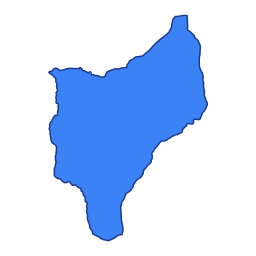 Yacuanquer, Nariño, Colombia
{"feature_id": "7082276B68439482186320", "entity_name": "Yacuanquer", "entity_type": "district", "adm_level": 2, "iso_a3": "COL", "parent_name": "Colombia", "parent_adm1": "Nariño", "projection": "natural_earth1", "projection_center": [-77.429, 1.122], "detail": "fine", "context": "isolated", "style": "filled", "palette": "blue", "viewbox_px": 256, "rotation_deg": 0, "n_neighbors": 0, "source": "geoboundaries", "source_scale": "gbopen_adm2", "svg_char_len": 5627}
<svg xmlns="http://www.w3.org/2000/svg" viewBox="0 0 256 256"><path d="M48.8,72.3L49.7,73.1L49.9,73.5L50.5,73.9L52.8,75.2L53.4,76.4L54.9,77.6L55.3,78.1L55.8,79.0L55.9,81.5L56.1,82.1L56.7,83.7L57.0,84.8L57.0,85.2L56.6,85.7L56.5,86.1L56.9,88.2L57.4,89.5L57.4,89.9L57.4,90.4L57.3,91.0L57.0,91.4L56.2,92.4L56.1,92.9L56.6,95.3L56.1,95.8L56.1,96.7L55.9,97.6L55.9,98.0L56.4,99.5L56.3,100.2L56.1,101.2L56.1,102.2L56.2,102.8L56.6,103.4L57.5,103.4L58.0,103.7L58.2,103.9L58.3,104.8L58.0,106.2L58.3,107.3L58.3,109.1L58.2,109.8L57.7,111.2L57.6,112.5L57.6,113.7L57.4,114.9L57.2,115.3L56.8,115.5L56.1,115.3L55.6,115.2L54.8,115.9L54.4,116.1L53.4,117.6L52.9,118.8L52.4,119.4L51.6,121.2L50.4,122.6L50.2,123.7L49.7,124.4L49.6,127.4L49.6,127.7L49.2,128.3L49.2,128.6L49.4,129.8L50.3,131.2L50.4,131.5L50.1,132.8L50.1,134.1L50.7,137.6L50.9,139.0L50.9,139.7L51.2,140.7L51.7,141.5L51.8,142.2L52.0,142.6L53.5,143.8L55.0,144.6L55.9,145.5L56.2,146.2L56.4,147.0L56.4,149.8L56.1,152.5L56.1,154.5L55.5,155.5L55.4,156.9L55.5,159.5L55.9,160.9L56.0,163.0L55.9,163.3L55.3,165.1L55.1,167.0L54.5,168.1L54.4,168.4L54.3,169.1L54.4,172.4L54.4,173.9L54.2,174.8L54.3,175.4L54.6,176.0L55.5,177.0L56.7,177.8L57.6,178.5L57.9,178.6L58.7,178.7L59.9,178.6L60.4,178.8L61.4,180.4L64.0,182.4L64.4,182.6L65.9,182.7L66.3,182.6L67.8,181.7L68.4,181.5L68.7,181.5L69.5,181.9L70.0,182.3L71.2,184.0L72.0,185.0L72.5,185.2L73.3,185.3L74.0,185.0L75.1,185.0L75.8,185.3L76.6,185.9L77.6,186.9L78.9,187.8L79.8,188.2L80.9,188.4L81.0,188.7L80.9,189.8L81.3,191.1L81.5,191.4L82.5,191.5L82.9,192.4L83.0,194.0L83.3,194.7L84.0,195.9L85.0,196.8L85.3,199.5L85.3,201.0L85.4,201.6L85.7,202.0L87.1,202.7L87.5,203.0L86.7,205.7L86.6,206.3L86.7,207.2L87.2,208.3L87.2,208.7L86.6,210.6L86.5,211.6L86.7,212.5L87.6,215.3L87.6,216.0L87.4,216.4L87.4,216.8L87.6,219.7L87.8,220.6L88.5,221.9L89.4,224.5L89.8,227.3L89.9,227.7L90.4,228.7L91.9,230.5L92.5,232.4L92.6,233.4L92.7,233.7L93.1,234.1L94.9,234.9L96.8,235.9L97.4,236.1L98.1,236.6L99.2,237.1L100.0,237.7L100.7,238.7L101.9,238.7L102.7,239.4L103.2,239.6L104.3,239.7L107.7,240.5L108.7,240.6L113.4,238.6L114.9,237.7L117.1,236.0L118.7,235.1L120.2,234.7L122.1,234.6L122.0,233.7L122.5,232.7L122.9,231.0L122.9,230.2L122.8,227.1L122.5,225.3L121.4,219.8L121.2,217.7L121.3,215.9L121.1,214.4L121.1,212.9L120.7,210.3L120.9,209.3L120.8,208.1L120.6,207.1L120.7,206.4L121.4,205.1L121.5,204.1L121.5,203.1L121.7,202.4L122.9,200.7L123.6,199.3L124.2,198.6L124.5,197.6L124.7,196.8L125.1,195.6L126.1,193.7L127.1,193.0L127.5,192.5L128.9,191.9L129.4,191.3L130.2,190.9L130.8,190.4L131.1,189.5L132.9,187.1L133.3,185.4L133.5,184.8L134.6,183.2L135.4,181.7L136.7,180.2L138.2,178.9L138.9,178.4L140.5,177.5L141.3,176.7L142.6,174.7L143.3,173.1L143.4,171.3L143.6,170.6L144.1,169.7L145.1,168.8L147.0,166.3L147.6,165.3L149.8,163.6L150.4,163.1L150.9,162.4L151.2,161.5L151.2,160.4L151.4,159.8L151.9,159.2L152.1,158.8L152.2,158.1L152.1,156.9L152.3,155.9L151.9,154.4L151.8,153.8L151.9,153.5L152.3,152.4L153.5,151.1L153.8,150.7L154.0,149.8L154.4,149.1L155.4,148.1L157.6,145.6L159.6,142.8L161.0,141.3L161.9,141.0L165.3,140.8L167.0,139.9L168.3,138.7L170.5,137.7L171.2,136.9L172.1,136.3L172.9,136.1L173.6,135.8L174.4,135.3L176.1,134.6L177.2,134.7L177.7,134.5L180.1,133.1L180.4,133.0L181.9,132.4L182.1,131.8L182.5,130.1L182.8,129.4L183.8,128.3L184.3,127.5L186.3,126.0L186.6,125.2L186.6,124.4L186.8,124.0L187.2,123.7L187.6,123.5L187.9,123.5L189.0,123.7L190.7,123.7L191.5,124.0L191.8,124.1L192.2,124.0L193.3,123.4L193.5,123.2L193.6,122.5L193.4,120.4L193.6,119.9L193.8,119.6L194.4,119.4L196.4,119.3L197.6,119.4L198.3,119.6L198.9,119.6L199.3,119.5L199.9,119.2L200.3,118.4L200.8,117.2L202.4,113.1L203.0,112.3L204.3,110.9L205.4,109.1L205.9,108.6L205.8,108.1L206.0,107.5L207.2,105.2L207.2,103.8L207.0,102.2L206.4,101.3L205.9,100.4L205.7,99.8L205.5,98.4L204.6,96.2L204.4,95.4L204.4,93.4L204.5,91.4L203.9,88.1L203.5,86.9L203.6,86.2L203.5,83.7L203.6,82.2L203.1,81.3L202.9,80.7L203.0,77.6L203.3,76.8L203.1,76.2L202.9,75.1L202.6,74.2L202.5,73.6L202.3,72.9L201.8,71.9L201.1,71.1L200.0,68.5L199.7,67.2L199.2,64.9L199.3,61.2L199.2,60.5L199.4,57.6L199.5,56.3L199.9,55.1L200.0,53.5L200.0,51.6L200.4,47.1L200.4,46.6L199.7,44.3L199.5,43.5L199.0,42.8L198.3,41.1L197.3,39.8L195.8,38.6L194.7,37.3L194.3,36.6L194.2,35.7L192.9,34.3L190.7,32.1L190.1,31.7L188.8,30.7L188.1,30.5L187.3,29.9L187.6,27.2L187.6,25.6L187.5,22.8L187.4,21.6L187.3,18.2L187.0,15.6L186.3,15.6L185.0,15.4L184.1,15.4L179.5,16.1L176.5,16.5L175.6,16.5L175.0,16.9L174.6,17.2L173.3,18.8L173.0,19.5L172.2,22.4L171.7,25.8L171.3,27.4L170.6,29.2L169.3,31.5L168.5,32.6L167.4,33.8L162.2,37.9L160.2,39.3L157.3,41.8L154.6,44.4L153.1,46.0L150.5,49.1L147.6,51.8L146.0,53.0L143.8,55.0L142.8,55.8L141.8,56.2L136.0,56.9L134.2,57.9L133.8,58.5L133.4,58.8L131.3,60.1L130.3,60.4L129.8,60.7L129.4,61.2L129.0,62.0L128.5,63.0L127.1,64.8L126.8,66.0L126.9,67.1L124.7,67.8L122.0,68.0L120.7,68.3L118.5,69.0L115.6,68.9L114.4,69.0L113.6,69.2L111.5,70.1L109.3,70.8L108.2,71.5L107.0,72.1L106.6,72.5L105.8,74.2L105.2,76.0L104.9,76.5L101.6,77.3L100.9,77.1L99.2,76.2L98.3,75.8L96.8,75.6L95.7,75.7L94.9,75.5L93.6,74.6L92.9,74.8L91.9,74.8L91.5,74.4L91.3,74.1L91.0,72.7L90.2,71.8L89.6,71.8L88.5,72.7L88.2,72.8L87.7,72.9L87.3,72.6L86.9,72.0L85.7,71.6L84.6,70.8L83.9,70.7L83.3,70.8L82.4,70.4L81.9,68.8L81.6,68.5L80.8,68.1L80.4,67.8L80.2,67.6L79.9,67.7L79.6,68.6L79.3,69.0L78.9,68.8L78.3,68.4L76.7,68.6L74.7,68.5L73.6,68.8L72.7,68.4L72.0,68.3L68.2,68.4L67.7,68.6L66.5,68.7L64.6,69.6L61.0,70.4L59.7,70.3L59.2,70.0L58.5,69.3L58.2,69.1L56.4,68.3L55.5,68.2L54.7,68.4L53.9,68.8L53.6,69.0L53.1,69.8L51.5,71.4L51.0,71.5L50.2,71.3L49.9,71.3L48.8,72.3Z" fill="#3b82f6" stroke="#1e3a8a" stroke-width="1.5"/></svg>